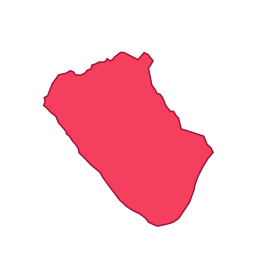 Barh-Signaka, Guéra, Chad (Robinson projection), rotated 207°
{"feature_id": "50815135B50589595383303", "entity_name": "Barh-Signaka", "entity_type": "district", "adm_level": 2, "iso_a3": "TCD", "parent_name": "Chad", "parent_adm1": "Guéra", "projection": "robinson", "projection_center": [18.652, 10.779], "detail": "fine", "context": "isolated", "style": "filled", "palette": "rose", "viewbox_px": 256, "rotation_deg": 207, "n_neighbors": 0, "source": "geoboundaries", "source_scale": "gbopen_adm2", "svg_char_len": 1327}
<svg xmlns="http://www.w3.org/2000/svg" viewBox="0 0 256 256"><g transform="rotate(207 128 128)"><path d="M41.1,144.9L45.2,148.0L50.0,149.2L56.8,155.1L70.1,153.0L80.2,151.3L87.3,159.6L91.0,160.9L94.9,163.5L97.6,162.2L102.0,163.8L105.3,165.8L108.0,168.2L111.1,170.8L114.9,172.6L117.8,172.0L121.9,174.9L126.2,177.0L136.8,190.4L136.1,199.1L143.7,202.6L147.8,202.5L147.8,202.4L150.1,193.4L165.4,193.4L168.4,192.4L168.7,192.3L172.0,185.5L172.9,181.8L174.3,179.9L174.5,179.6L178.0,180.4L178.5,177.0L178.6,176.9L180.4,175.1L183.5,173.9L186.2,170.1L188.7,167.7L187.9,164.0L190.6,160.8L191.3,157.3L194.1,153.6L198.9,151.4L201.6,153.1L205.3,152.9L207.4,149.7L207.8,148.9L212.4,145.1L213.0,144.6L213.5,144.2L213.9,143.8L215.6,133.1L214.2,120.2L216.4,117.0L214.1,114.5L213.3,109.6L210.6,109.4L208.5,108.5L204.2,106.9L197.6,105.7L192.2,101.1L185.6,98.5L181.8,96.9L180.1,94.8L179.3,94.7L178.0,94.4L176.8,94.2L172.3,91.7L168.8,90.2L166.9,89.4L162.9,87.1L160.3,83.7L155.7,82.3L143.9,78.2L133.1,75.9L127.5,72.3L117.5,67.2L110.0,63.6L102.8,60.1L93.4,57.4L85.9,56.7L78.7,56.9L71.8,55.7L66.9,53.4L62.5,53.5L57.1,54.0L52.9,57.4L48.4,61.2L44.9,64.7L41.8,70.6L40.2,83.7L40.0,84.5L40.0,85.0L40.0,85.4L39.7,88.7L39.6,90.6L41.3,103.5L42.5,107.3L43.6,115.0L43.8,126.6L43.0,136.9L41.1,144.9Z" fill="#f43f5e" stroke="#9f1239" stroke-width="1.5"/></g></svg>